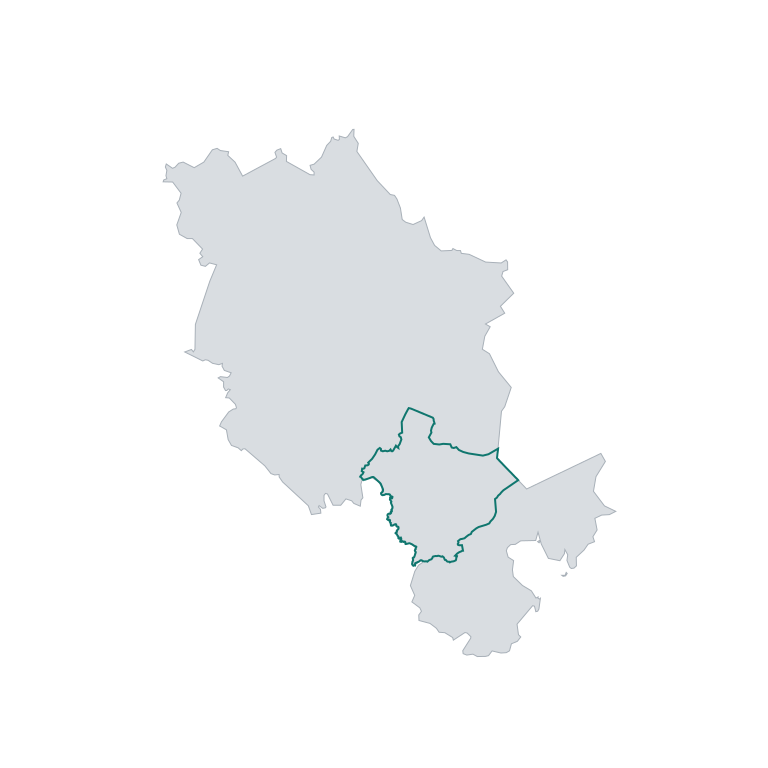 where Aqtöbe sits in Kazakhstan, rotated 243°
{"feature_id": "KAZ-3195", "entity_name": "Aqtöbe", "entity_type": "Region", "adm_level": 1, "iso_a3": "KAZ", "parent_name": "Kazakhstan", "parent_adm1": "", "projection": "albers", "projection_center": [57.897, 48.229], "detail": "fine", "context": "in_parent", "style": "outline", "palette": "teal", "viewbox_px": 768, "rotation_deg": 243, "n_neighbors": 0, "source": "natural_earth", "source_scale": "10m", "svg_char_len": 8811}
<svg xmlns="http://www.w3.org/2000/svg" viewBox="0 0 768 768"><g transform="rotate(243 384 384)"><path d="M473.4,506.9L469.9,509.4L468.2,512.7L465.3,512.2L460.9,518.7L446.5,529.9L438.6,543.4L439.2,549.1L436.6,549.5L429.7,546.1L430.2,541.1L426.7,537.8L406.0,540.8L400.4,523.0L392.3,523.7L391.4,501.6L386.8,504.6L380.8,495.5L370.3,487.4L363.1,491.7L342.9,491.5L323.2,495.8L309.0,481.3L306.4,476.3L266.7,451.2L225.7,463.4L223.7,545.7L214.5,546.1L205.2,530.8L193.3,521.9L175.3,525.1L165.3,532.7L165.3,525.5L168.4,518.4L168.6,510.9L157.2,507.6L153.1,500.8L147.9,500.0L148.6,493.1L145.2,486.8L142.3,476.6L134.6,472.9L133.7,469.7L134.6,467.1L136.5,466.3L143.7,466.9L148.5,470.2L154.4,470.0L150.9,467.7L146.7,460.5L154.0,451.3L170.0,451.5L182.1,454.0L175.7,448.1L182.2,434.6L181.5,428.2L183.4,423.9L182.1,419.6L179.9,417.3L173.4,416.0L167.8,419.3L160.2,414.1L153.7,411.8L141.6,415.9L132.8,421.4L124.3,422.2L124.3,424.7L123.2,423.9L121.8,424.9L122.1,426.1L113.1,419.8L111.8,417.8L112.2,415.9L117.7,417.2L119.0,415.8L109.6,393.5L99.6,390.0L96.5,391.0L94.2,386.0L94.7,379.6L89.3,374.7L89.1,371.0L91.2,366.1L97.1,359.1L94.5,353.8L95.2,350.8L98.8,343.4L102.9,340.6L104.9,334.7L107.8,332.1L110.6,333.1L118.1,345.8L119.4,346.7L124.4,345.0L125.8,343.3L124.3,329.5L126.9,330.1L134.8,325.3L137.8,320.4L142.5,319.8L149.8,316.3L157.4,307.8L162.4,310.1L164.5,314.2L168.3,314.3L177.2,309.9L181.7,315.4L192.4,316.0L203.2,326.5L206.9,332.6L207.4,337.0L208.6,338.2L210.0,335.4L208.8,328.9L210.2,327.5L220.2,335.7L224.7,337.7L230.0,334.9L231.4,332.0L236.4,328.1L238.2,329.0L243.8,327.2L249.9,331.2L252.9,330.4L255.5,326.7L262.8,327.3L270.4,335.5L278.5,337.1L279.6,339.9L283.7,337.8L287.0,331.7L292.3,335.4L299.7,334.7L305.9,330.8L308.3,322.4L307.7,320.2L304.9,317.7L292.2,313.5L291.0,310.8L285.9,307.4L291.3,302.9L294.6,302.2L298.9,297.9L295.6,290.4L299.1,283.6L311.7,283.7L313.1,282.2L312.0,280.0L307.1,277.5L300.8,276.5L300.3,275.4L301.1,272.9L305.1,271.0L304.2,269.7L301.2,270.5L297.6,269.1L300.6,260.1L309.9,261.3L342.7,249.2L348.7,248.4L351.0,249.4L352.6,245.3L355.5,242.6L365.1,240.7L389.3,230.8L390.2,228.9L389.4,226.6L393.3,225.1L398.5,220.2L405.2,219.9L414.7,222.8L421.2,218.5L424.1,222.0L429.6,233.0L430.1,238.3L429.2,240.8L429.9,241.8L433.3,242.4L441.8,239.8L443.7,236.7L447.1,240.7L448.7,244.5L450.3,243.0L449.6,241.0L450.1,239.8L454.1,239.7L458.8,242.1L464.7,239.0L464.8,241.6L460.9,247.4L461.2,249.9L463.4,252.9L468.6,247.9L473.4,247.8L475.7,249.4L476.2,245.6L480.3,240.6L485.0,238.0L486.7,235.8L486.8,233.0L503.0,221.0L502.2,228.1L499.2,228.7L500.7,231.3L522.7,243.0L554.7,275.5L566.2,289.0L571.1,283.5L569.9,278.3L573.0,274.8L579.0,275.3L579.7,280.3L584.1,279.3L586.6,283.6L600.6,279.3L603.0,274.6L610.3,269.7L619.8,271.6L628.9,281.2L639.3,281.7L640.8,285.1L646.1,289.8L659.9,287.4L664.4,279.0L665.8,280.4L665.5,283.7L668.6,284.3L672.9,287.5L676.6,287.7L678.9,289.9L672.2,293.5L672.0,296.2L673.9,301.3L672.9,305.8L662.9,313.1L663.5,324.2L670.6,337.4L669.7,342.3L666.3,344.2L661.5,351.0L658.6,348.6L649.3,352.0L633.4,352.4L634.2,389.8L634.9,391.3L639.9,392.0L641.0,394.7L640.6,398.8L636.1,398.1L631.7,400.9L626.6,398.1L604.1,413.1L602.0,416.6L604.5,417.9L608.4,416.5L612.4,417.4L611.6,421.5L614.5,431.3L622.6,441.3L624.5,446.7L627.3,449.3L627.2,450.8L624.9,450.8L621.9,453.8L622.2,455.3L625.3,456.7L620.9,461.3L620.9,463.8L625.0,471.7L624.5,472.9L618.4,469.5L610.1,470.3L603.5,465.4L568.2,470.3L550.0,475.6L547.3,479.0L542.9,479.5L533.3,478.5L522.3,474.9L518.3,476.8L512.9,482.3L512.5,491.7L514.5,495.5L493.2,491.8L484.5,492.0L476.6,495.4L472.2,505.1L473.4,506.9ZM133.4,460.8L132.0,461.2L130.6,458.7L131.3,456.3L132.8,455.6L131.3,458.5L133.4,460.8ZM174.0,451.7L172.7,451.2L172.1,450.1L173.8,449.3L174.0,451.7Z" fill="#d9dde1" stroke="#a8b0b8" stroke-width="1"/><path d="M274.6,456.3L273.2,455.4L271.2,454.0L269.7,453.0L268.7,452.4L268.3,452.1L267.1,451.3L266.7,451.1L266.3,451.1L265.0,451.5L264.1,451.8L263.1,452.0L262.2,452.3L261.2,452.6L260.3,452.9L259.4,453.2L258.5,453.4L257.6,453.7L255.6,454.3L253.6,454.9L251.7,455.5L249.7,456.1L248.2,456.6L246.7,457.1L245.2,457.5L243.7,458.0L242.2,458.4L240.7,458.9L239.3,459.4L237.8,459.8L237.4,459.9L235.1,442.1L234.1,439.1L233.3,437.5L233.0,436.1L232.7,435.0L231.5,433.0L231.1,430.7L219.2,425.8L216.2,422.8L214.4,419.9L213.2,416.4L212.0,414.5L212.2,411.2L213.6,403.4L213.5,400.8L212.4,395.1L210.9,393.3L211.1,390.9L210.6,388.1L210.0,385.7L210.6,382.9L210.9,382.4L211.0,381.2L210.4,378.6L209.1,378.5L208.5,377.9L208.0,377.1L207.2,376.9L206.6,377.3L205.9,378.3L205.0,380.3L199.6,378.7L199.9,378.0L199.8,376.9L200.0,374.7L199.7,372.2L198.7,369.4L197.5,370.9L197.0,370.5L196.9,369.8L195.3,368.9L194.3,367.9L194.4,365.6L195.2,363.1L195.2,361.7L196.0,361.5L196.6,360.3L197.4,359.6L199.2,359.2L199.7,358.4L200.4,358.4L202.2,358.6L203.9,357.9L204.0,356.9L204.6,356.2L205.5,355.4L206.4,354.3L206.6,353.1L207.4,351.7L207.6,350.8L208.0,349.5L207.6,348.6L207.0,348.1L206.3,346.7L206.6,344.4L206.0,342.0L207.0,341.0L207.3,339.9L208.4,338.3L208.5,338.3L209.1,338.0L209.9,337.4L210.3,336.7L210.3,336.0L209.9,334.4L209.9,333.9L210.1,333.1L210.1,332.6L210.1,332.4L209.9,332.2L209.9,331.8L210.1,331.4L210.2,331.2L210.1,330.3L209.3,329.9L208.5,329.6L208.2,329.3L208.4,329.1L208.7,329.0L208.8,328.8L208.6,327.9L208.7,327.6L209.0,327.5L210.2,327.2L210.5,327.2L210.9,327.3L211.2,327.5L211.7,328.0L212.6,328.5L212.9,328.8L213.3,329.4L213.7,329.9L215.9,330.6L216.1,331.1L216.0,332.0L216.3,332.6L219.4,335.7L219.7,335.9L220.0,336.0L220.9,335.8L221.3,335.8L221.7,335.9L222.0,336.2L222.2,336.5L222.3,336.9L222.4,337.2L223.1,337.5L223.3,337.7L223.7,338.4L224.3,338.9L224.8,338.7L225.9,337.6L228.3,336.3L230.4,334.6L230.7,334.1L231.3,331.4L231.5,330.9L231.6,330.6L231.9,330.5L233.0,331.1L233.5,331.2L233.9,331.1L234.2,330.9L234.3,330.5L234.4,329.7L234.6,329.5L235.3,329.4L235.6,329.1L235.6,328.8L235.4,328.1L235.4,327.8L235.6,327.5L235.8,327.3L236.2,326.9L236.7,327.1L237.9,329.0L238.2,329.1L239.2,329.3L239.5,329.3L239.5,329.0L239.4,328.7L239.1,327.9L239.1,327.5L239.3,327.2L239.6,327.0L239.9,326.9L240.2,326.8L240.5,326.9L241.0,327.4L241.3,327.5L241.7,327.5L242.1,327.4L242.4,327.2L242.8,327.1L244.0,327.3L244.6,327.1L245.6,326.6L245.8,326.5L246.0,326.6L246.2,327.1L246.3,327.9L246.4,328.3L246.6,328.5L247.0,328.5L247.5,328.8L247.7,329.1L247.8,329.5L248.0,330.3L248.1,330.7L248.3,331.0L248.6,331.3L249.5,331.8L249.9,331.9L250.2,331.9L250.5,331.7L250.8,331.4L251.0,331.1L251.1,330.8L251.5,330.6L252.0,330.6L253.4,331.1L253.8,330.8L254.0,330.1L254.1,329.4L253.9,327.9L254.0,327.1L254.3,326.6L254.5,326.1L254.9,326.0L255.5,326.4L256.5,326.4L256.7,326.5L256.8,326.6L257.1,327.0L257.6,326.8L257.8,326.7L258.9,326.6L259.0,326.7L259.0,326.8L259.0,327.0L259.4,327.3L259.8,327.5L260.1,327.5L260.5,327.3L260.6,326.9L260.7,326.4L260.9,326.0L261.2,325.8L261.5,325.7L262.1,325.4L262.3,325.6L262.8,326.0L262.9,326.3L263.0,326.6L263.0,326.9L263.1,327.2L263.4,327.3L265.1,327.3L265.7,327.6L266.2,328.2L266.3,329.1L266.2,329.6L266.1,329.9L265.9,330.2L265.6,330.4L265.5,330.7L265.6,331.1L265.7,331.5L265.9,331.8L266.2,331.8L266.9,331.8L267.0,332.0L266.9,332.9L267.0,333.2L267.2,333.4L267.6,333.5L268.0,333.3L268.4,333.3L268.7,333.6L268.9,334.3L269.1,334.6L269.3,334.9L270.4,335.7L271.0,335.9L274.8,336.2L275.2,336.3L275.4,336.6L275.6,336.9L275.7,337.1L275.9,337.2L276.2,337.2L277.6,336.9L278.3,336.8L278.9,337.2L279.2,337.5L279.9,337.8L280.1,337.9L280.1,338.5L279.7,338.7L278.9,338.6L278.5,338.9L278.5,339.3L278.7,339.6L279.6,340.3L280.0,340.1L280.5,339.6L281.0,339.2L281.7,339.0L282.4,339.1L283.1,338.9L283.7,338.2L284.3,336.9L284.5,336.6L284.9,336.0L285.1,335.7L285.1,335.3L285.0,334.5L285.0,334.1L285.1,333.7L285.6,332.2L285.9,331.9L286.5,331.6L287.3,331.5L288.1,331.8L288.4,332.6L288.4,333.4L288.8,334.1L289.2,334.6L289.8,334.9L290.6,335.3L296.5,335.8L297.9,335.5L301.8,334.0L305.7,332.5L306.1,332.1L306.4,331.4L306.6,330.4L306.7,328.4L306.8,327.8L307.3,324.0L307.6,322.9L308.0,322.3L308.6,321.9L309.3,321.7L309.1,321.6L309.4,321.5L311.4,321.3L312.2,320.7L313.0,321.9L313.2,323.1L313.6,324.3L314.7,325.7L316.4,324.6L318.5,326.1L318.0,326.7L317.8,328.2L319.9,330.3L319.0,332.5L319.2,333.8L319.7,334.3L321.1,334.2L322.7,339.4L325.3,344.1L328.4,348.4L328.9,351.2L327.6,351.8L326.0,351.1L324.6,352.4L324.0,354.8L322.6,356.3L322.1,358.3L322.7,360.1L320.8,360.1L320.3,360.9L320.5,361.9L323.6,366.6L322.1,366.9L320.6,367.7L322.0,368.1L323.3,370.6L326.7,374.3L329.0,374.8L330.3,374.0L332.2,374.3L332.6,375.9L332.4,378.1L342.1,382.5L347.3,389.2L350.5,393.8L351.3,395.1L349.9,396.8L331.8,412.2L330.4,412.3L328.6,411.6L327.2,411.4L325.7,411.1L325.9,410.1L323.5,406.8L321.1,404.7L319.2,404.2L316.1,399.7L311.8,400.0L308.1,401.1L305.0,405.8L303.8,409.6L300.2,415.7L296.7,415.5L295.3,417.1L294.9,419.8L291.2,420.8L287.5,423.7L283.7,427.9L275.3,439.6L274.0,445.2L274.6,456.3Z" fill="none" stroke="#0f766e" stroke-width="2"/></g></svg>